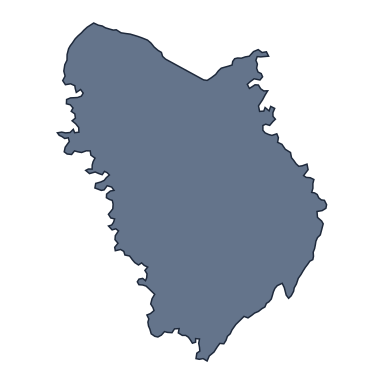 the district of Coronel Bicaco, Rio Grande do Sul, Brazil
{"feature_id": "56859067B35030756743824", "entity_name": "Coronel Bicaco", "entity_type": "district", "adm_level": 2, "iso_a3": "BRA", "parent_name": "Brazil", "parent_adm1": "Rio Grande do Sul", "projection": "orthographic", "projection_center": [-53.654, -27.806], "detail": "fine", "context": "isolated", "style": "filled", "palette": "slate", "viewbox_px": 384, "rotation_deg": 0, "n_neighbors": 0, "source": "geoboundaries", "source_scale": "gbopen_adm2", "svg_char_len": 3859}
<svg xmlns="http://www.w3.org/2000/svg" viewBox="0 0 384 384"><path d="M93.7,23.0L87.2,27.2L83.9,30.2L81.3,33.0L78.0,35.9L75.2,38.8L72.3,43.1L70.3,45.7L68.6,48.7L67.1,54.5L67.0,60.2L64.8,64.7L63.8,71.1L65.1,76.1L62.7,80.6L65.4,84.7L70.6,83.8L74.8,85.7L75.3,88.8L76.3,92.4L80.6,89.5L83.2,93.1L81.4,96.1L77.6,97.5L74.1,97.7L70.5,97.9L66.6,99.5L66.4,103.8L70.3,104.8L73.0,108.0L71.2,111.3L74.8,113.8L75.4,118.1L72.1,120.8L75.7,123.8L78.7,127.5L78.9,132.2L74.6,132.7L73.3,129.3L70.1,132.5L65.6,132.9L61.7,132.1L57.4,132.8L59.2,135.3L62.0,136.6L64.7,138.5L68.3,137.8L69.3,141.5L65.2,147.2L64.2,151.8L67.1,154.0L71.6,154.5L74.5,150.9L77.8,151.8L81.6,152.5L86.3,150.8L90.2,150.9L90.9,155.2L95.0,158.1L93.1,161.7L92.2,165.0L92.1,169.1L88.4,169.0L85.7,170.4L89.5,173.6L95.2,172.0L98.9,173.6L102.2,174.7L104.5,171.4L107.2,172.7L109.4,175.0L106.3,177.7L104.2,180.4L100.7,182.0L95.7,183.4L94.9,188.0L98.1,189.2L101.3,190.4L104.1,189.9L107.2,185.7L111.7,187.1L114.0,190.4L110.4,191.0L106.6,194.1L106.4,197.7L109.5,199.5L112.3,200.4L113.1,204.1L112.8,208.8L110.7,211.5L108.4,214.3L110.8,218.0L114.6,218.9L113.5,222.3L111.7,225.0L108.5,226.0L112.1,229.9L115.8,228.8L118.5,230.9L115.3,235.7L115.0,239.7L118.0,243.2L114.7,247.3L115.3,250.7L120.6,249.5L123.8,251.4L124.9,255.0L129.6,256.0L132.4,259.8L134.8,262.6L138.5,265.0L141.6,262.9L144.2,265.4L147.7,267.1L144.9,270.4L147.0,273.8L146.7,277.7L145.5,280.7L142.7,278.4L139.0,279.1L137.3,281.8L138.9,284.7L142.7,285.0L146.1,286.1L149.1,288.9L152.5,292.2L154.7,294.3L152.1,298.6L150.7,304.0L152.9,307.4L154.0,310.6L150.4,313.6L146.9,315.0L148.8,318.9L147.9,322.1L148.5,326.0L149.9,329.2L151.2,333.8L154.8,336.3L157.9,337.0L161.4,335.1L164.5,331.6L167.5,332.4L172.0,332.7L174.5,328.9L179.1,328.6L178.3,332.9L182.3,335.4L185.7,335.4L188.4,337.2L190.3,339.8L192.4,343.2L195.6,342.2L195.6,338.6L199.5,339.0L198.7,343.3L199.5,347.3L199.8,351.1L196.8,353.2L196.0,358.6L199.3,359.3L203.1,358.6L207.1,361.0L209.3,355.9L214.0,352.0L217.3,346.8L219.8,343.4L223.8,343.8L226.0,340.4L227.4,336.3L230.2,333.8L232.0,329.9L235.8,324.5L239.9,320.5L244.0,316.4L248.0,317.9L251.9,315.2L254.5,313.1L258.5,311.4L262.0,308.6L264.9,307.0L266.4,303.4L268.9,301.8L271.3,299.0L272.4,295.4L273.4,291.8L274.9,288.4L277.3,285.6L282.2,283.3L284.3,287.7L286.2,295.1L288.6,298.3L291.2,295.8L293.6,291.3L294.2,287.9L296.4,284.0L298.3,278.3L301.0,274.5L302.9,271.2L305.3,267.4L307.6,264.4L309.8,261.2L312.8,259.6L313.5,256.3L313.2,252.2L314.6,248.6L315.3,245.1L315.9,241.3L317.5,237.6L320.3,234.9L321.7,229.6L323.2,223.8L321.6,221.0L317.5,217.4L317.0,211.5L322.2,210.6L325.9,208.3L326.6,204.7L324.4,200.3L321.3,199.9L318.7,197.8L317.2,194.5L314.6,192.9L311.7,192.4L312.9,188.3L312.9,183.5L313.9,179.5L310.2,177.7L306.2,177.4L303.6,175.6L308.1,169.7L307.0,164.1L302.2,165.8L298.8,166.3L296.1,163.8L293.7,160.4L291.5,157.7L290.5,152.5L285.3,149.3L281.9,144.3L277.6,142.3L278.4,137.7L276.8,133.8L271.9,135.4L268.7,134.5L265.1,132.9L262.9,130.3L262.9,125.5L265.7,124.2L269.7,125.4L272.9,121.6L275.4,119.2L273.0,116.4L272.9,112.7L274.7,108.4L270.7,106.4L269.1,110.9L265.1,107.5L263.8,111.1L259.6,111.4L258.5,105.9L260.4,103.0L262.6,99.7L265.1,95.0L267.7,90.8L263.7,90.9L260.7,88.8L258.4,85.0L255.0,84.8L252.3,86.6L249.4,88.4L247.3,84.3L250.3,81.6L254.1,78.8L260.0,80.0L262.6,76.8L261.2,73.6L258.0,72.0L256.6,68.2L257.4,64.1L255.9,60.3L257.2,56.6L260.7,56.9L263.7,56.6L268.6,56.2L266.4,51.8L262.1,52.5L258.2,49.6L253.5,51.6L249.3,56.2L245.2,56.9L241.4,58.2L237.6,58.0L234.7,58.7L232.7,61.4L232.1,65.0L228.3,66.2L224.3,67.3L221.2,68.2L218.5,70.7L215.7,74.4L211.5,77.6L207.2,80.4L203.6,79.9L165.5,59.1L162.6,56.4L161.4,52.4L157.9,50.3L154.1,47.0L151.1,43.2L147.5,40.1L141.8,37.8L137.8,36.4L133.9,35.2L130.2,34.1L125.6,33.5L121.0,32.8L116.3,29.8L113.3,30.1L109.7,29.1L105.4,27.8L102.3,26.0L98.4,25.2L93.7,23.0Z" fill="#64748b" stroke="#1e293b" stroke-width="1.5"/></svg>